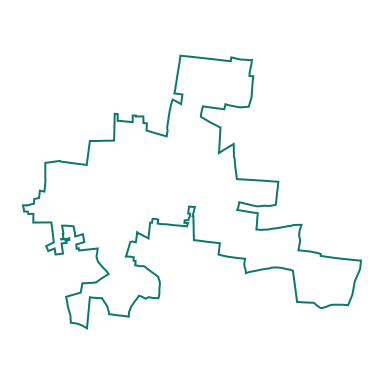 outline of Temax, Yucatán, Mexico
{"feature_id": "50627088B89338735771017", "entity_name": "Temax", "entity_type": "district", "adm_level": 2, "iso_a3": "MEX", "parent_name": "Mexico", "parent_adm1": "Yucatán", "projection": "mercator", "projection_center": [-88.871, 21.173], "detail": "fine", "context": "isolated", "style": "outline", "palette": "teal", "viewbox_px": 384, "rotation_deg": 0, "n_neighbors": 0, "source": "geoboundaries", "source_scale": "gbopen_adm2", "svg_char_len": 5948}
<svg xmlns="http://www.w3.org/2000/svg" viewBox="0 0 384 384"><path d="M313.8,302.8L317.5,306.0L320.6,308.1L322.1,307.9L323.3,307.7L326.3,306.8L328.3,305.9L331.0,305.0L332.8,304.8L335.1,304.7L343.8,304.8L348.1,305.2L352.4,294.6L354.9,281.0L359.7,270.1L360.2,268.5L361.0,260.5L357.7,260.4L351.0,259.7L340.4,258.6L330.7,257.4L320.7,255.9L320.8,254.0L318.5,253.2L311.1,251.7L310.3,251.5L307.9,251.3L304.6,250.9L298.4,250.3L300.0,241.9L300.1,240.0L299.2,235.7L299.1,234.8L299.6,230.8L300.7,227.2L301.5,224.9L297.3,224.9L293.6,225.0L290.9,225.9L289.1,226.0L275.8,228.4L273.7,228.5L269.9,229.2L268.0,229.5L265.5,229.6L260.9,229.9L259.3,229.7L256.4,229.5L256.7,226.4L256.8,225.6L257.0,223.2L257.1,221.8L257.1,221.0L257.4,216.8L257.7,214.8L257.8,213.2L256.4,213.0L255.4,212.9L254.3,212.7L253.6,212.6L253.0,212.5L251.8,212.4L250.0,212.1L249.0,211.9L246.5,211.5L245.9,211.4L244.7,211.2L244.2,211.1L243.6,211.0L243.0,210.9L242.5,210.9L240.7,210.5L240.2,210.4L238.6,210.2L237.6,210.1L237.2,210.0L237.5,209.0L237.8,208.3L238.0,207.9L238.2,207.3L238.4,206.7L238.7,205.3L238.9,204.5L239.3,202.2L240.3,202.5L240.9,202.6L243.1,203.1L243.5,203.2L243.9,203.3L244.4,203.4L244.8,203.6L248.0,204.3L249.7,204.8L250.3,204.9L251.5,205.2L252.2,205.4L252.5,205.4L254.3,205.8L254.8,205.9L255.6,206.0L256.4,206.2L257.0,206.3L257.8,206.3L258.5,206.3L260.3,206.2L262.5,205.9L265.4,205.7L267.3,206.0L267.7,206.0L268.7,205.9L270.9,205.8L274.2,205.1L275.5,205.0L275.9,204.3L277.1,192.6L277.8,187.3L278.3,181.8L274.4,181.5L258.5,180.4L236.9,179.1L235.4,167.7L235.3,167.3L234.6,158.6L234.1,157.3L233.9,156.4L233.9,152.0L233.8,151.4L233.8,148.3L233.7,144.0L232.8,144.5L223.7,150.0L219.0,153.0L219.5,145.0L219.8,140.3L219.9,138.2L220.0,135.9L220.5,127.4L219.8,127.3L209.9,122.1L205.9,119.8L200.8,116.7L201.2,113.3L201.7,111.4L202.1,109.7L202.9,106.4L213.0,107.8L219.2,108.6L224.3,109.3L224.9,106.5L225.5,104.2L227.9,105.0L231.5,105.8L239.6,107.3L244.1,107.1L248.9,106.7L249.1,105.5L251.6,97.2L251.8,93.9L252.0,91.1L252.4,84.9L252.8,80.9L253.3,76.3L249.4,75.9L249.6,73.1L249.9,71.2L250.4,69.0L251.5,63.8L251.9,60.0L250.4,60.2L247.9,60.0L246.3,59.9L245.7,59.9L244.0,59.6L240.4,59.6L239.0,59.2L238.4,59.1L236.9,58.8L236.1,58.5L231.3,57.4L230.8,61.2L222.9,60.4L221.1,60.1L190.3,56.7L180.4,55.7L179.6,62.2L178.9,66.2L178.5,68.8L177.1,77.0L176.0,84.6L175.8,84.8L175.4,88.6L174.4,93.4L177.5,93.8L180.3,94.2L182.4,94.5L181.1,104.1L177.0,101.8L173.4,100.0L172.7,99.6L171.9,101.7L170.8,105.9L170.1,109.3L169.7,110.7L167.2,127.3L167.2,128.4L167.6,130.6L166.7,136.4L163.9,135.6L159.7,134.4L157.6,133.8L154.2,132.8L151.0,131.9L149.5,131.4L148.2,131.0L146.5,130.5L146.8,125.5L146.8,123.3L143.5,123.1L143.4,119.6L143.3,116.4L136.0,116.5L136.0,115.6L133.8,115.6L132.7,115.6L132.7,122.1L130.1,121.9L124.7,121.4L121.3,121.0L117.6,120.8L117.7,114.1L114.7,113.8L114.4,128.1L114.3,133.3L114.0,140.6L98.4,140.9L96.1,141.0L95.3,141.0L89.9,141.0L86.7,165.0L60.9,161.6L60.1,160.9L45.3,162.9L45.3,175.3L45.4,181.7L44.4,191.6L39.9,190.7L39.1,197.9L34.2,199.1L34.0,203.6L26.6,205.5L26.5,205.3L23.0,205.3L24.2,211.3L24.2,211.5L27.9,211.6L28.4,213.8L28.4,214.0L33.4,213.9L33.3,222.5L40.9,222.5L51.3,222.4L52.2,228.4L53.8,242.4L46.2,246.1L48.3,251.1L54.6,248.5L55.6,254.5L63.0,253.6L62.8,252.2L62.1,247.1L61.6,243.5L66.6,242.9L66.5,240.7L69.4,239.8L69.2,238.2L68.5,238.5L66.3,239.2L66.4,240.5L65.5,240.7L65.2,239.0L61.2,239.5L61.1,239.1L62.5,238.9L63.5,238.8L62.8,233.8L63.4,233.7L62.1,225.7L64.9,225.6L73.5,226.3L74.8,232.3L74.7,232.3L75.3,236.5L82.9,234.2L84.3,242.1L76.3,244.5L76.6,248.8L78.7,248.2L79.1,250.5L97.7,248.5L97.6,249.3L97.2,252.5L96.5,256.4L96.5,256.7L96.5,256.8L96.8,257.9L97.2,259.2L97.4,259.9L97.9,261.6L98.5,262.3L102.9,267.6L105.5,270.0L107.1,271.8L108.6,274.0L100.8,278.9L97.9,281.1L97.6,281.3L96.4,282.1L95.9,282.5L94.6,282.6L94.2,282.6L91.2,282.9L89.0,282.9L88.0,283.1L82.4,283.3L80.7,292.6L66.1,296.8L66.8,300.1L67.3,303.1L67.9,306.9L70.4,315.2L70.5,317.3L70.6,319.2L70.8,320.8L70.7,322.7L74.5,323.2L77.9,323.8L82.5,325.7L87.1,328.3L87.1,327.1L89.9,297.3L93.3,297.7L96.1,298.0L100.0,298.2L101.9,298.1L107.2,306.2L108.8,311.9L109.0,314.1L119.1,315.5L119.5,315.5L124.2,316.0L128.8,316.7L128.8,315.6L128.9,313.3L129.2,311.6L130.3,309.0L131.1,306.6L135.8,300.1L136.6,299.3L138.9,295.7L141.0,296.4L141.4,296.4L143.1,297.4L145.7,298.7L147.3,297.7L149.1,297.2L152.8,298.0L157.1,298.1L158.3,298.2L158.9,296.6L159.1,295.3L159.3,294.2L159.4,293.4L159.4,290.7L159.4,288.0L159.5,287.7L159.6,287.1L159.7,286.5L159.9,283.3L159.7,281.6L159.3,280.4L159.1,279.7L158.5,278.5L158.6,277.6L158.1,276.7L156.7,275.6L156.4,275.4L147.5,269.0L145.0,266.7L143.7,266.2L142.1,266.1L140.6,266.2L135.2,265.3L135.6,261.0L133.5,260.7L133.6,259.0L133.8,257.3L132.9,257.2L131.5,256.9L130.6,256.7L129.5,256.7L127.9,256.5L127.1,256.5L125.9,256.6L126.8,254.0L127.4,251.8L128.9,246.9L130.3,242.0L132.3,241.5L135.8,242.3L136.1,240.6L136.6,237.2L137.1,232.2L137.9,232.7L137.8,233.4L138.3,233.7L139.9,233.8L141.6,234.8L148.5,238.4L148.5,238.2L148.7,235.8L149.8,226.0L150.2,222.6L152.0,222.7L152.6,218.9L155.1,218.9L158.2,219.5L157.7,223.6L161.6,224.1L166.6,224.3L174.0,225.2L184.0,226.0L187.0,226.4L187.5,224.7L188.1,223.1L184.4,222.8L184.7,220.3L188.5,220.2L189.0,218.0L189.7,216.9L190.0,214.7L190.1,213.8L188.2,213.5L189.0,206.6L194.9,207.1L194.2,209.8L193.8,211.5L192.6,216.1L193.4,216.1L193.6,225.4L193.7,229.7L193.7,230.6L193.9,240.1L199.8,240.8L200.5,240.8L201.1,241.0L203.9,241.3L205.5,241.6L209.1,242.0L209.3,242.0L219.0,243.1L219.9,243.2L219.8,243.9L219.0,250.8L218.6,254.6L221.0,255.2L224.9,256.1L227.8,256.7L231.4,257.2L234.3,257.6L237.7,258.0L240.1,258.3L241.8,258.4L243.3,258.6L245.1,258.8L244.7,260.9L244.4,262.5L244.2,264.5L244.8,267.4L245.2,268.2L245.6,270.1L245.9,273.1L249.5,272.0L264.0,269.1L270.5,268.2L271.4,267.6L273.1,267.6L275.3,267.4L281.2,267.8L287.0,269.2L290.6,269.8L292.9,270.8L293.7,276.4L294.5,282.2L297.1,302.0L304.6,302.4L306.8,302.5L313.8,302.8Z" fill="none" stroke="#0f766e" stroke-width="2"/></svg>